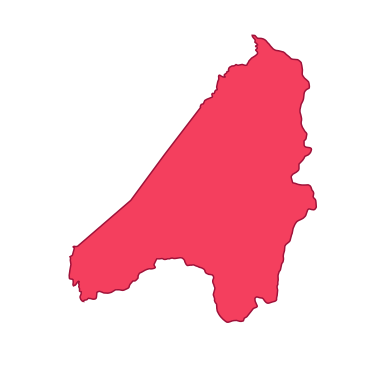 San Jose del Potrero, Comayagua, Honduras (Mercator projection), rotated 76°
{"feature_id": "27666195B91463241716660", "entity_name": "San Jose del Potrero", "entity_type": "district", "adm_level": 2, "iso_a3": "HND", "parent_name": "Honduras", "parent_adm1": "Comayagua", "projection": "mercator", "projection_center": [-87.296, 14.845], "detail": "fine", "context": "isolated", "style": "filled", "palette": "rose", "viewbox_px": 384, "rotation_deg": 76, "n_neighbors": 0, "source": "geoboundaries", "source_scale": "gbopen_adm2", "svg_char_len": 5886}
<svg xmlns="http://www.w3.org/2000/svg" viewBox="0 0 384 384"><g transform="rotate(76 192 192)"><path d="M271.9,323.8L271.6,323.9L271.1,322.9L271.0,322.3L271.1,320.9L271.0,319.9L270.2,318.6L270.1,318.2L270.9,316.1L271.9,314.3L272.3,313.0L272.3,311.5L271.9,310.8L270.8,310.1L266.5,308.6L266.1,307.9L266.0,306.8L266.0,306.0L266.2,305.4L267.1,304.0L268.6,302.0L269.0,300.7L269.8,298.1L269.9,296.4L269.8,294.4L268.4,289.9L269.2,286.4L270.5,283.5L270.7,282.8L270.7,281.5L270.0,277.8L269.7,276.9L269.2,276.2L267.8,275.4L266.6,274.5L264.2,271.1L264.1,270.7L264.4,269.3L264.4,268.5L263.8,267.2L262.7,265.5L262.4,265.2L260.1,264.5L258.1,262.7L257.5,259.9L256.5,256.4L256.2,254.5L256.1,252.1L256.7,250.4L256.9,249.0L256.9,247.3L256.6,246.2L256.3,245.9L255.9,245.9L253.9,246.5L253.0,246.3L249.1,243.1L248.3,242.2L249.0,239.7L249.3,237.2L249.7,236.5L250.5,235.6L250.9,234.6L251.0,233.2L250.9,231.8L251.4,229.9L251.2,228.9L251.2,227.8L251.4,226.9L252.0,226.0L252.4,224.8L252.9,219.4L253.2,218.5L253.7,217.5L254.4,216.9L255.3,216.3L256.5,215.8L258.0,215.8L260.5,215.3L261.2,215.0L262.1,214.4L262.3,213.8L262.5,211.5L262.9,209.8L262.9,208.5L263.5,207.5L264.4,206.4L266.1,203.8L266.7,203.3L267.8,201.2L269.1,199.7L270.1,198.9L271.6,198.4L272.1,198.6L272.5,198.6L274.2,197.9L275.9,195.8L276.6,193.9L277.3,192.5L277.8,192.1L278.4,191.8L279.5,191.6L280.7,191.8L282.7,193.2L284.1,193.6L285.3,193.6L287.1,193.3L289.2,193.2L290.4,193.0L291.0,193.1L292.3,193.7L296.0,195.8L297.0,196.2L298.8,196.0L300.9,195.9L301.5,196.0L302.5,196.4L303.2,196.4L305.0,196.1L306.4,195.4L306.8,195.3L311.1,196.1L313.6,196.3L316.7,195.6L318.5,195.0L320.1,194.3L323.1,192.6L325.4,190.9L326.6,189.8L326.9,189.2L327.1,188.3L327.1,186.9L326.8,184.2L326.9,182.4L327.4,179.8L329.0,177.0L329.4,175.8L329.5,174.8L329.4,173.3L327.1,171.8L326.4,169.3L326.1,168.7L320.0,160.8L319.7,159.8L319.4,157.3L319.0,156.6L318.6,156.3L318.1,156.3L313.6,157.1L312.8,157.1L311.4,156.9L310.5,156.7L310.2,156.4L309.8,155.8L309.5,155.0L309.5,154.6L309.7,154.0L310.8,152.2L312.0,149.4L313.1,148.6L314.9,148.0L316.5,147.2L317.6,146.4L318.2,145.4L318.4,144.3L318.1,140.2L318.1,138.4L317.9,137.3L317.5,136.5L317.0,136.0L315.3,135.6L312.9,134.4L308.1,132.7L307.5,132.6L305.8,132.6L304.5,132.4L303.4,131.9L302.6,131.1L300.0,130.5L299.1,130.0L298.0,129.6L294.0,128.8L292.1,127.8L291.1,127.1L290.4,126.8L289.4,125.5L288.8,125.0L283.5,122.4L282.9,121.9L282.0,120.8L281.0,120.2L279.4,119.5L278.0,119.2L276.8,119.1L275.8,118.8L274.1,118.1L271.4,116.5L267.3,115.1L266.9,114.9L265.6,113.5L263.9,109.9L263.4,109.2L263.0,108.7L257.7,105.8L256.3,104.8L251.8,102.7L248.4,100.1L246.9,98.5L246.2,97.6L245.7,96.4L245.4,95.4L245.0,93.1L244.6,91.4L244.2,90.2L243.1,88.3L242.4,87.4L237.8,84.4L237.2,83.9L236.9,83.3L236.7,82.8L236.8,82.3L238.0,80.1L238.7,78.3L238.7,77.9L238.6,77.2L238.2,76.5L237.1,75.3L236.5,75.0L232.0,74.2L230.0,74.0L229.0,74.2L226.9,75.4L225.9,75.6L223.0,74.3L221.9,74.2L220.7,74.4L219.3,75.1L216.1,75.4L214.8,75.8L214.0,76.5L213.3,77.3L213.0,78.3L212.8,79.5L212.3,81.8L211.6,84.3L210.3,87.2L208.7,89.6L207.6,91.7L207.3,92.0L206.6,92.1L201.9,92.2L201.1,92.0L200.6,91.7L199.9,90.9L199.1,89.8L198.1,86.3L197.4,84.7L196.7,83.5L196.0,82.9L195.1,82.5L191.3,81.6L190.6,81.2L188.0,77.0L186.4,75.2L185.4,74.4L184.7,73.7L184.1,70.3L183.2,68.6L182.2,67.4L180.8,66.4L179.6,65.8L178.7,65.8L178.1,66.2L177.5,67.0L176.2,70.2L175.7,70.9L175.0,71.6L173.7,71.9L169.8,71.0L169.4,70.7L168.5,69.1L167.9,68.5L163.7,66.6L163.0,66.6L162.3,66.8L160.5,67.8L156.0,69.2L153.5,69.5L152.1,69.5L151.2,69.3L150.2,69.0L148.8,68.3L147.0,67.9L143.9,67.8L140.6,67.9L138.2,67.3L133.3,64.9L130.5,62.5L129.2,61.6L127.9,61.0L123.8,59.5L122.3,58.7L121.4,57.8L120.3,56.1L119.7,53.7L119.6,53.3L119.0,52.9L117.8,52.5L115.0,52.2L113.3,52.3L111.9,53.1L108.7,55.3L106.8,56.1L105.1,56.6L103.8,56.4L100.2,55.3L96.4,54.9L92.9,54.8L92.0,55.2L90.8,56.0L89.6,57.0L89.1,57.6L87.6,62.1L86.7,63.6L84.2,65.1L81.3,67.3L79.6,68.3L78.3,69.4L76.0,73.6L74.8,76.5L73.8,77.7L72.7,78.7L69.2,80.6L67.2,81.4L65.4,82.5L63.1,83.6L61.9,84.5L60.8,85.7L60.1,86.9L59.7,87.7L58.7,91.2L58.1,91.6L55.5,93.0L55.1,93.7L54.5,95.7L55.1,95.8L56.1,95.6L57.6,95.0L59.0,94.2L59.7,93.9L61.9,94.7L63.7,93.3L65.1,92.8L65.7,94.8L65.9,95.0L66.4,94.9L66.5,94.3L66.7,94.1L67.3,93.8L67.8,93.8L68.5,94.0L69.3,95.5L69.6,95.8L70.0,95.8L71.7,94.8L72.4,94.7L73.4,94.9L74.2,95.7L75.3,98.1L76.5,101.8L78.6,105.0L79.9,106.0L81.1,107.4L81.8,107.7L82.1,108.3L82.1,109.0L81.9,109.9L80.4,112.4L80.3,113.5L80.2,116.7L79.9,117.3L79.3,117.9L79.0,118.5L79.1,118.8L79.5,119.5L79.7,120.8L79.7,121.5L79.4,122.5L79.4,122.9L80.0,125.2L80.7,126.2L82.0,127.0L83.3,127.1L83.6,127.3L83.7,127.8L83.6,128.4L83.6,128.7L83.9,129.1L84.5,129.3L84.9,129.7L85.5,131.2L86.1,132.3L86.6,132.5L87.5,132.3L88.1,132.0L88.4,132.1L88.3,133.0L87.6,134.4L86.8,135.4L85.7,136.4L85.4,136.9L85.3,137.3L85.4,137.7L86.1,138.2L87.9,138.5L89.3,138.9L90.4,139.8L91.5,140.5L96.1,142.7L97.3,142.8L98.3,142.6L98.6,142.7L98.8,142.9L98.9,144.1L99.4,145.0L99.9,145.4L101.1,146.1L101.7,146.7L101.7,147.2L101.3,148.2L101.6,148.8L102.4,149.2L103.7,149.0L104.3,149.1L104.7,149.3L104.9,150.1L105.6,155.0L106.1,156.8L106.3,157.4L106.6,157.7L109.1,159.6L109.3,161.9L110.6,163.0L111.3,163.3L112.1,163.3L148.8,209.3L185.3,253.4L217.0,316.2L216.9,317.6L216.6,318.6L216.7,319.0L216.3,319.2L216.2,319.6L216.2,320.1L216.5,320.6L216.8,320.5L217.9,319.9L218.5,320.0L224.2,323.2L224.6,323.7L225.3,326.1L226.6,325.8L228.7,326.6L229.9,326.7L233.0,327.0L238.4,329.4L243.1,331.3L245.7,331.8L246.3,331.8L246.8,331.4L247.7,329.2L248.2,328.7L250.6,329.0L253.0,329.9L253.8,329.9L254.4,329.7L254.1,327.8L253.8,327.7L253.7,327.1L251.9,325.3L251.3,324.3L251.2,323.6L251.6,323.2L252.3,323.5L253.4,324.3L254.6,323.9L256.5,324.8L258.5,324.5L260.8,325.1L261.3,324.9L262.1,323.6L262.4,323.7L264.1,324.2L266.2,325.8L267.3,326.1L269.3,325.9L270.7,325.3L271.7,324.4L271.9,323.8Z" fill="#f43f5e" stroke="#9f1239" stroke-width="1.5"/></g></svg>